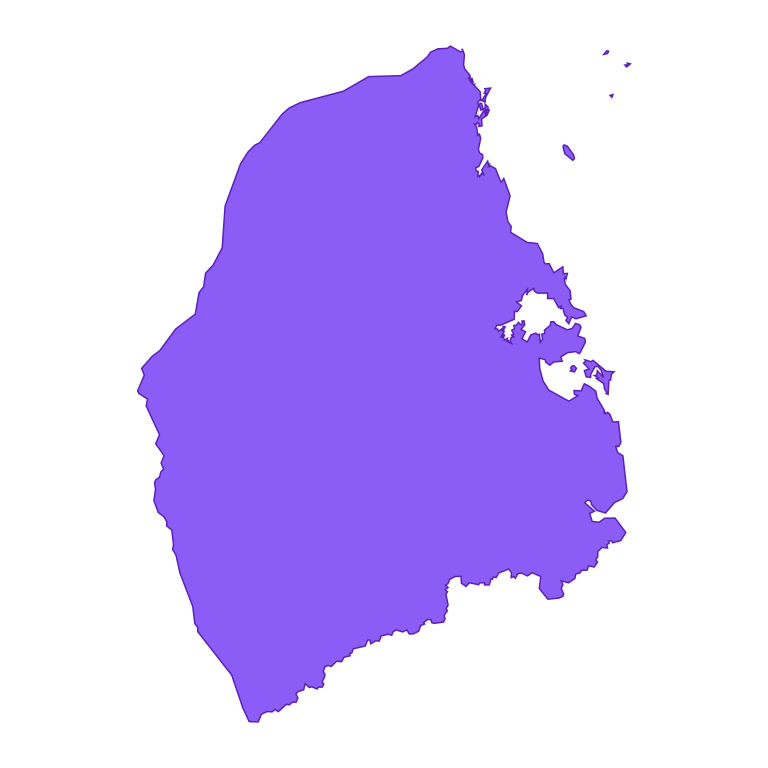 Kilwa, Lindi, United Republic of Tanzania
{"feature_id": "72390352B7880721655308", "entity_name": "Kilwa", "entity_type": "district", "adm_level": 2, "iso_a3": "TZA", "parent_name": "United Republic of Tanzania", "parent_adm1": "Lindi", "projection": "albers", "projection_center": [39.276, -9.089], "detail": "fine", "context": "isolated", "style": "filled", "palette": "violet", "viewbox_px": 768, "rotation_deg": 0, "n_neighbors": 0, "source": "geoboundaries", "source_scale": "gbopen_adm2", "svg_char_len": 6087}
<svg xmlns="http://www.w3.org/2000/svg" viewBox="0 0 768 768"><path d="M462.2,48.7L462.2,51.3L460.5,51.9L450.4,46.1L447.4,48.3L437.9,48.8L430.6,52.2L427.1,57.1L413.1,68.7L400.8,75.7L368.7,76.6L343.4,91.2L300.4,102.6L289.2,108.0L281.9,114.4L259.8,142.7L254.7,145.2L248.0,152.0L240.6,163.7L225.1,206.0L222.2,247.8L213.1,265.2L205.6,273.1L203.7,286.6L199.0,292.7L195.3,314.1L175.7,329.0L159.8,350.6L152.0,356.5L141.6,368.4L144.3,375.1L137.6,390.9L138.9,393.5L147.5,399.1L146.2,406.0L159.5,434.7L155.7,443.8L164.1,455.7L161.1,463.0L163.5,469.0L160.8,472.0L159.5,477.2L155.7,479.9L154.5,482.9L155.5,489.2L153.9,500.7L158.3,512.5L163.9,516.8L166.9,521.8L166.6,525.9L171.8,530.1L173.5,544.7L172.6,549.4L176.0,555.2L179.9,572.9L192.8,606.5L194.8,623.6L197.7,627.3L197.7,631.6L231.7,675.1L242.8,707.8L249.2,721.6L258.2,721.9L261.4,714.2L267.0,711.6L272.2,711.8L275.1,709.5L278.3,711.6L286.4,704.3L289.5,704.8L292.3,702.1L296.1,702.2L297.9,698.0L296.0,693.9L298.0,691.7L303.7,689.8L305.1,683.7L309.3,687.5L311.9,686.8L317.1,689.0L318.3,687.1L322.2,687.1L323.8,684.2L322.1,681.8L324.4,677.4L325.0,674.4L323.3,671.6L324.8,666.9L328.1,665.5L331.3,666.5L336.5,661.2L341.6,661.7L344.0,657.2L350.1,655.8L349.8,653.2L351.7,653.1L353.3,648.8L365.4,645.9L367.6,640.1L369.8,639.9L370.8,643.8L375.8,640.7L379.1,641.2L381.3,635.9L388.2,634.2L391.7,635.3L393.0,631.9L396.1,629.9L402.6,631.9L406.9,629.9L409.3,634.0L413.1,633.9L418.6,631.3L420.7,625.5L424.6,624.0L423.5,622.7L427.8,619.4L431.1,619.8L431.7,622.7L434.0,623.3L443.5,622.1L445.1,618.8L444.1,615.6L447.4,610.7L446.2,608.7L448.1,605.1L445.9,594.1L447.5,591.8L445.2,589.4L448.1,587.5L445.5,585.2L447.9,583.7L449.9,579.2L455.2,576.5L461.0,576.3L461.4,583.2L465.9,586.4L469.5,582.8L478.7,584.7L479.3,583.0L484.7,582.7L484.5,584.9L489.3,584.9L490.9,579.0L492.3,579.3L493.6,576.9L496.1,577.6L498.9,572.9L508.6,569.1L511.5,572.6L511.2,577.7L513.9,576.6L515.3,578.3L517.8,573.8L521.3,573.0L527.5,575.9L532.1,572.7L540.8,576.5L539.3,588.6L547.9,599.2L558.9,598.1L562.9,596.3L563.6,594.0L561.3,588.5L562.9,584.5L561.2,580.9L568.5,582.8L574.8,578.6L575.8,574.0L579.8,573.0L581.8,570.3L587.2,570.1L588.4,565.9L594.2,567.0L597.6,562.0L595.7,560.1L597.7,556.7L597.9,551.4L602.0,547.5L607.5,548.0L606.8,545.0L609.3,543.0L608.5,541.0L611.6,540.8L612.6,542.8L620.8,540.6L625.8,532.5L615.0,518.1L604.7,518.2L599.2,522.2L592.2,521.5L589.7,513.4L594.5,511.2L584.8,502.7L587.1,500.3L590.6,500.7L591.6,504.7L596.7,510.3L605.5,513.0L614.6,502.5L622.7,498.6L627.0,491.8L622.9,455.8L617.8,452.6L615.7,446.9L616.9,446.7L615.5,446.2L618.9,446.0L620.9,442.7L618.5,421.7L612.9,422.0L610.0,414.5L607.6,412.3L605.8,413.8L604.7,411.7L604.0,413.9L604.1,410.0L597.1,398.1L595.8,391.2L589.5,386.4L584.3,383.8L581.1,390.9L574.0,390.5L574.4,394.2L577.7,395.7L568.9,401.2L548.8,390.1L543.1,381.1L539.8,368.8L539.2,358.2L545.0,359.5L545.9,362.3L549.8,365.2L553.6,362.0L562.3,361.2L560.7,357.0L567.8,352.6L575.9,351.6L579.1,353.7L580.2,352.6L585.4,342.1L584.7,338.4L577.8,336.0L581.0,327.5L579.8,324.9L575.6,323.4L572.1,328.5L567.3,329.8L556.1,324.5L553.8,321.7L550.8,321.8L550.2,325.4L544.4,330.2L544.9,333.2L541.8,334.3L542.6,339.3L540.3,342.3L539.4,334.2L537.9,334.8L535.8,333.1L530.8,334.9L527.2,342.0L522.0,338.7L525.6,331.7L521.0,329.6L524.7,324.9L524.1,320.9L521.8,321.1L522.5,323.9L521.3,324.9L518.4,322.4L516.1,325.4L513.9,325.4L514.5,328.9L511.7,330.2L513.7,334.4L511.6,335.1L513.8,336.8L511.2,337.4L510.2,341.1L511.5,343.4L508.2,342.0L508.5,340.6L506.9,341.0L507.4,338.4L504.2,340.2L503.7,337.7L501.4,337.0L504.6,335.8L504.0,334.6L501.7,335.6L504.2,331.4L501.6,330.1L503.7,329.7L505.1,326.8L502.6,326.3L503.9,327.4L498.3,331.3L497.6,329.0L495.0,328.7L497.0,325.2L500.6,325.2L514.2,319.3L514.5,311.5L517.4,311.5L521.5,305.8L516.4,302.0L521.4,300.5L522.5,295.6L527.4,289.2L526.7,295.2L527.9,292.3L533.7,288.3L534.2,291.0L537.4,293.1L547.6,293.1L547.6,298.5L553.7,298.6L558.6,307.7L561.2,306.0L560.5,308.6L563.0,308.4L564.7,315.0L567.6,317.2L565.9,320.4L568.8,323.7L571.6,317.0L575.9,318.8L586.2,315.8L583.7,311.6L573.7,307.7L570.5,303.7L569.1,299.7L571.0,299.1L570.2,290.9L565.3,284.3L564.2,278.4L564.9,277.4L566.0,278.9L567.4,273.4L563.4,273.7L562.8,266.8L553.8,272.8L549.1,263.6L545.2,263.9L544.0,262.3L542.7,253.9L537.3,243.5L527.1,242.4L510.6,232.3L511.2,226.5L507.9,221.6L506.1,212.1L510.1,195.9L503.8,178.5L501.5,181.8L500.5,181.1L495.5,168.6L490.5,165.8L488.4,166.7L489.6,164.0L488.4,164.1L487.7,161.1L481.7,170.0L484.1,175.3L481.6,173.3L479.7,176.7L479.2,175.5L477.6,176.4L478.4,171.5L476.0,170.9L475.7,167.9L478.9,166.4L482.9,157.7L482.6,154.7L479.5,152.9L478.4,149.3L480.7,138.1L479.7,135.0L478.0,135.3L478.9,134.1L477.6,133.8L476.6,126.9L474.5,124.1L476.7,124.3L477.5,122.5L479.4,124.1L478.8,126.4L482.0,125.9L481.6,118.9L487.2,115.1L489.2,110.0L484.2,110.9L486.8,112.4L485.5,114.6L485.5,112.2L483.0,111.8L478.8,118.8L477.8,115.5L475.2,116.7L478.3,106.6L480.2,107.1L480.6,110.1L484.7,108.9L487.1,110.3L488.0,109.0L488.0,106.8L485.1,104.2L485.3,107.9L483.2,109.0L481.6,103.6L480.2,103.1L479.0,105.6L477.6,102.5L480.0,99.9L485.1,102.0L485.5,97.6L490.6,88.1L484.9,88.7L485.7,90.7L484.2,93.1L486.2,93.6L482.4,99.8L480.8,99.6L480.1,91.6L473.9,85.0L474.6,84.2L472.7,84.3L469.4,80.0L471.1,79.6L473.4,82.9L472.1,78.6L468.7,78.1L470.3,76.8L469.6,74.7L464.8,69.2L463.6,64.8L464.4,54.7L462.2,48.7ZM591.1,361.7L585.0,359.9L585.8,360.9L583.5,363.1L589.1,369.0L584.4,370.5L586.1,376.8L590.6,377.4L590.7,374.3L595.0,366.7L597.6,366.2L601.0,369.9L603.5,377.5L597.3,370.7L596.8,375.0L594.4,375.6L598.5,377.9L596.4,378.6L603.7,383.5L604.6,389.3L606.9,392.3L606.0,393.5L608.1,394.4L608.9,380.6L610.6,380.0L611.4,374.3L614.0,371.8L605.9,371.2L593.0,360.3L591.1,361.7ZM572.8,160.3L574.4,158.7L573.7,155.1L567.3,146.1L564.1,144.9L563.0,146.5L564.7,153.6L572.8,160.3ZM576.4,368.3L574.0,365.7L572.1,366.0L570.6,368.0L572.1,369.7L570.4,370.9L574.5,371.9L576.4,368.3ZM603.9,54.3L607.6,53.5L608.6,51.2L606.8,50.8L603.9,54.3ZM626.7,66.9L630.4,63.9L627.4,63.0L627.0,64.8L624.9,65.1L626.7,66.9ZM611.9,97.3L612.9,94.5L610.1,95.4L611.9,97.3Z" fill="#8b5cf6" stroke="#5b21b6" stroke-width="1.5"/></svg>